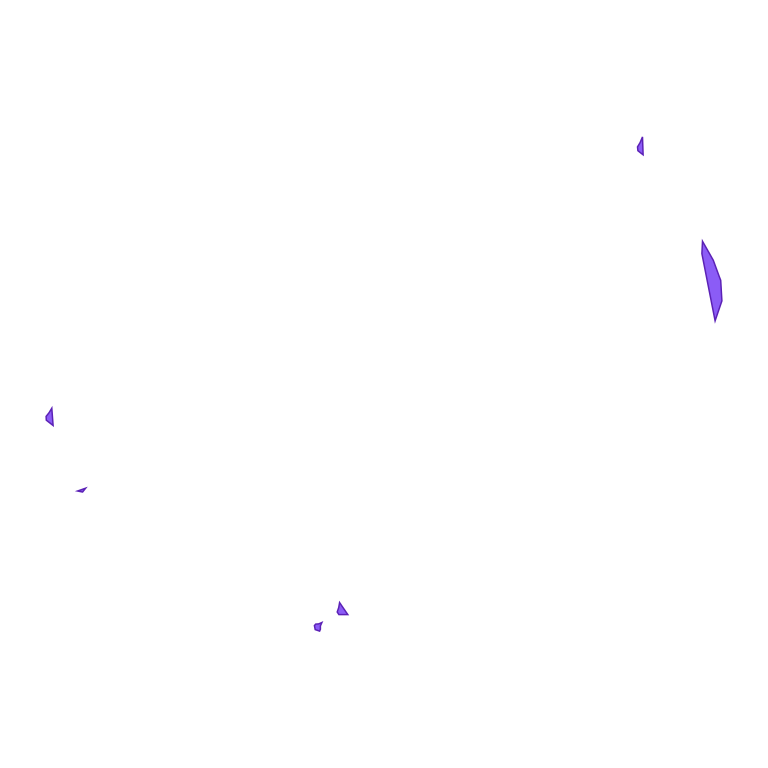 outline of Thaa
{"feature_id": "MDV-5238", "entity_name": "Thaa", "entity_type": "Atoll", "adm_level": 1, "iso_a3": "MDV", "parent_name": "Maldives", "parent_adm1": "", "projection": "albers", "projection_center": [73.162, 2.359], "detail": "coarse", "context": "isolated", "style": "filled", "palette": "violet", "viewbox_px": 768, "rotation_deg": 0, "n_neighbors": 0, "source": "natural_earth", "source_scale": "10m", "svg_char_len": 654}
<svg xmlns="http://www.w3.org/2000/svg" viewBox="0 0 768 768"><path d="M702.5,241.3L713.3,260.3L719.3,276.7L720.7,280.3L721.9,300.9L715.2,320.5L715.1,320.8L701.9,253.7L702.5,241.3ZM51.8,408.2L53.1,425.5L46.3,420.2L46.1,416.4L49.0,412.8L51.8,408.2ZM339.6,602.6L341.7,605.7L347.8,614.6L338.9,614.6L337.2,612.0L338.7,607.6L339.6,602.6ZM642.5,136.9L643.1,154.7L643.1,154.8L640.9,153.1L637.9,150.7L637.5,146.9L640.1,142.6L642.5,136.9ZM321.9,622.5L320.4,625.9L320.4,629.3L319.6,631.1L315.2,629.6L314.4,625.6L315.7,624.1L318.7,623.9L321.9,622.5ZM85.6,488.2L82.6,492.0L82.4,492.0L77.6,491.0L85.6,488.2Z" fill="#8b5cf6" stroke="#5b21b6" stroke-width="1.5"/></svg>